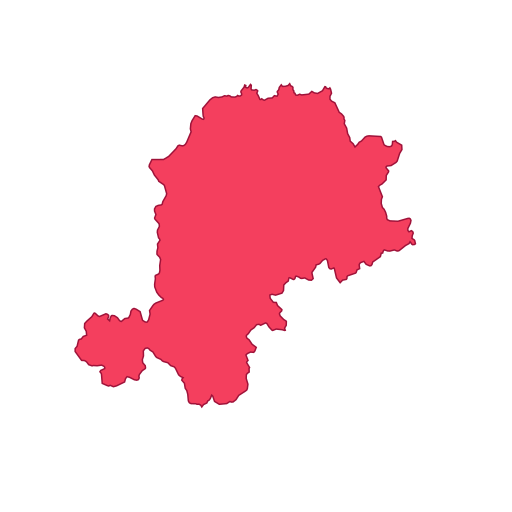 the district of Nguyen Binh, Cao Bằng, Vietnam, rotated 117°
{"feature_id": "81297802B34664406606726", "entity_name": "Nguyen Binh", "entity_type": "district", "adm_level": 2, "iso_a3": "VNM", "parent_name": "Vietnam", "parent_adm1": "Cao Bằng", "projection": "orthographic", "projection_center": [105.947, 22.647], "detail": "fine", "context": "isolated", "style": "filled", "palette": "rose", "viewbox_px": 512, "rotation_deg": 117, "n_neighbors": 0, "source": "geoboundaries", "source_scale": "gbopen_adm2", "svg_char_len": 6110}
<svg xmlns="http://www.w3.org/2000/svg" viewBox="0 0 512 512"><g transform="rotate(117 256 256)"><path d="M217.3,392.5L223.1,392.4L224.8,391.9L225.6,390.9L227.2,386.9L230.0,383.3L232.5,377.8L233.6,376.5L234.3,370.8L234.8,369.6L241.0,363.9L243.0,363.4L249.8,363.7L252.6,363.1L253.5,363.6L255.3,366.1L257.3,367.7L260.1,367.8L262.0,366.8L264.5,364.0L268.2,363.6L269.0,362.8L271.2,357.1L272.2,356.3L273.6,355.5L277.7,355.5L279.7,354.7L284.0,351.1L284.7,349.5L285.6,348.7L290.1,349.2L293.2,347.2L296.6,346.4L299.1,345.2L299.6,344.8L300.8,341.3L302.4,339.4L308.3,337.4L312.4,335.1L314.8,334.4L316.2,334.6L319.0,336.8L320.0,336.6L322.0,335.3L327.2,333.5L329.5,332.2L333.3,328.0L334.9,324.9L336.0,321.4L336.0,319.8L336.6,318.8L337.7,318.9L343.4,323.9L345.4,325.0L347.2,325.4L352.9,326.1L355.8,324.0L361.6,322.7L364.1,322.9L364.8,323.7L365.1,325.2L364.8,327.9L358.2,334.0L357.8,338.6L358.1,340.9L359.5,342.0L361.9,342.4L365.2,341.4L368.5,341.4L369.3,341.7L371.3,344.5L375.5,346.3L375.7,347.2L375.3,348.7L373.9,351.4L373.5,355.0L374.3,357.2L374.8,357.7L377.2,357.8L380.2,357.0L379.5,359.6L376.5,359.9L375.7,360.5L375.4,362.0L375.6,363.5L381.0,368.0L381.1,369.6L380.1,373.0L380.1,374.0L380.6,374.4L384.6,374.7L390.7,377.1L393.9,378.0L397.9,376.3L400.1,373.1L403.5,370.9L406.1,373.4L409.2,374.0L410.5,375.5L411.5,375.9L417.7,374.4L420.6,375.1L423.2,373.8L428.2,364.0L427.1,361.6L427.0,360.1L427.4,358.5L428.8,355.7L428.3,352.2L427.4,351.2L425.9,347.7L423.3,344.0L423.3,341.3L423.8,340.3L425.0,339.7L428.5,342.4L430.0,342.5L430.9,340.5L431.8,339.8L439.3,335.2L439.0,329.7L438.7,328.2L437.4,327.2L437.2,323.7L435.0,321.3L427.9,315.9L424.5,316.6L422.0,316.1L421.5,313.5L421.5,308.3L420.8,305.9L419.6,304.7L418.3,304.6L417.0,305.1L416.2,305.9L414.3,306.1L409.8,305.3L406.7,303.6L405.9,303.6L404.0,304.9L402.5,308.5L400.0,310.2L396.1,310.9L391.7,313.3L388.6,312.8L387.2,311.0L387.2,309.4L388.0,307.7L388.3,304.3L391.1,299.7L391.5,298.2L391.3,293.8L392.0,291.8L392.0,290.3L391.1,286.1L392.4,282.3L391.9,278.5L392.6,276.8L397.0,271.0L397.6,268.6L397.5,265.7L398.8,266.1L400.3,265.8L401.9,262.0L406.0,259.0L407.3,256.6L410.2,254.0L415.8,250.5L416.9,249.0L417.1,248.0L417.0,246.8L415.0,242.6L414.9,241.3L413.9,239.4L414.0,237.5L415.1,235.8L412.2,235.3L409.3,233.1L407.0,233.2L405.9,232.4L403.8,232.0L400.1,232.3L400.5,230.9L404.4,226.9L404.8,221.4L400.8,215.1L397.5,213.2L397.4,211.8L396.5,210.2L393.1,208.6L388.0,208.1L381.1,204.1L379.6,203.4L378.1,203.5L373.9,205.0L369.6,209.1L366.2,210.7L364.6,210.5L362.5,209.4L359.4,211.1L358.3,211.1L355.2,216.0L354.3,216.2L352.7,215.7L348.9,219.9L348.3,220.0L346.6,219.2L344.1,217.3L342.9,214.3L341.2,213.9L337.3,214.3L336.4,219.5L333.8,224.1L333.3,226.9L332.1,228.1L331.1,228.5L328.7,227.6L324.3,227.0L320.7,225.1L316.9,224.3L315.5,222.3L315.6,220.4L311.3,217.1L311.2,215.7L313.3,212.2L314.8,208.2L314.8,207.4L311.9,204.8L309.8,199.2L309.3,196.6L308.9,196.2L307.3,197.8L304.0,197.6L300.6,199.2L300.3,199.6L300.0,202.5L298.4,207.3L296.9,208.9L295.7,209.0L293.2,208.2L292.0,208.6L290.4,214.3L288.2,216.8L289.4,219.5L287.3,224.1L285.0,225.7L284.4,225.9L282.8,224.3L282.0,220.8L277.3,216.0L274.3,215.8L269.2,218.1L266.2,217.2L263.7,215.9L260.6,216.7L260.0,216.0L260.0,212.1L259.6,211.5L258.4,211.1L256.2,211.5L255.6,210.8L255.3,208.5L255.6,206.1L255.2,205.0L253.4,202.6L253.5,198.2L252.4,195.6L250.2,194.8L245.7,198.5L245.0,198.7L238.9,197.8L236.6,198.4L234.8,196.4L233.5,195.6L229.7,194.7L226.9,192.8L226.7,192.1L227.6,190.3L233.1,186.0L233.8,184.6L233.5,183.1L231.3,181.2L231.4,180.7L239.0,174.3L241.6,168.9L238.2,167.9L235.8,164.9L234.7,164.8L232.9,165.6L232.0,165.3L226.0,159.5L225.3,159.3L222.5,159.7L220.2,157.9L217.0,160.1L215.5,160.2L214.3,159.7L211.8,157.4L213.4,154.1L213.2,150.3L212.5,149.2L211.0,148.8L208.4,149.3L200.1,144.9L196.6,145.7L195.9,144.5L193.6,144.9L192.3,144.5L191.7,140.8L190.7,138.8L187.8,135.5L187.5,132.6L187.0,131.7L186.2,130.9L178.7,127.5L175.5,125.3L173.4,125.2L174.8,122.3L174.8,121.5L173.7,119.9L172.7,119.5L170.2,121.6L169.8,122.3L169.5,125.0L167.0,126.0L164.2,126.3L163.1,127.5L162.9,129.1L165.0,130.7L164.3,132.3L162.6,133.2L156.7,133.3L153.9,134.1L152.9,135.4L152.8,136.5L153.4,137.6L160.6,145.3L163.9,152.6L164.0,155.5L163.0,156.7L161.2,157.6L158.2,160.4L156.2,163.1L155.4,165.4L152.3,168.3L148.5,170.0L145.8,170.3L138.6,178.4L136.6,177.8L134.6,176.4L129.1,174.6L125.1,176.5L120.9,176.1L120.0,176.4L118.4,180.1L117.8,180.6L116.3,180.1L114.1,176.7L109.0,173.7L107.3,173.3L99.3,174.6L94.9,174.3L91.1,176.5L90.8,182.5L89.9,184.1L91.0,184.8L91.9,186.3L94.9,185.1L96.6,185.2L98.0,186.6L98.9,188.9L98.9,191.9L98.5,192.7L93.2,198.1L92.9,199.1L97.6,209.8L98.8,211.5L100.5,212.8L105.6,214.2L107.8,215.7L110.5,216.1L113.9,217.3L111.9,220.4L110.9,224.2L108.0,226.2L105.4,229.9L100.9,233.3L98.1,237.4L94.9,238.4L94.0,239.8L92.4,240.6L91.8,241.3L90.6,244.3L90.2,247.1L83.7,255.3L83.7,259.0L82.7,261.3L80.1,262.6L76.7,262.6L73.5,265.3L72.7,266.5L73.9,266.9L74.5,269.0L74.3,270.0L73.6,270.8L73.8,271.5L78.6,271.8L83.2,274.9L84.2,278.1L84.0,281.0L87.8,282.4L91.8,288.5L92.0,290.5L94.0,292.1L94.3,292.8L94.5,293.8L93.3,295.2L93.3,296.3L91.7,297.3L91.0,298.7L88.9,299.7L88.5,301.0L88.6,302.5L87.2,304.2L89.5,304.8L91.5,306.9L92.9,309.5L92.0,311.2L95.2,311.8L97.6,311.2L99.6,311.7L100.2,311.6L101.7,309.7L104.1,309.8L104.8,312.4L107.8,313.3L110.0,316.9L113.4,319.2L113.6,320.4L113.3,322.3L114.4,322.7L114.7,323.6L112.1,326.8L110.6,329.2L108.1,329.4L107.8,330.0L107.7,331.6L109.1,332.8L110.0,335.3L109.3,336.3L106.0,337.7L105.6,338.8L109.3,339.4L110.3,340.2L110.4,342.0L108.7,342.5L108.8,343.7L110.9,343.3L115.6,344.2L116.7,344.0L117.8,342.6L119.1,341.9L120.6,342.7L121.3,344.0L121.3,345.3L122.5,345.6L124.0,346.9L125.5,350.3L125.2,351.9L125.6,353.7L126.8,354.5L127.5,356.8L129.7,358.5L131.8,361.4L132.8,364.6L134.7,366.5L137.7,367.9L148.8,370.5L154.0,367.4L155.6,366.3L156.4,365.1L157.4,364.7L158.1,364.9L158.4,365.8L158.0,372.1L158.6,373.9L164.5,374.4L167.7,374.1L172.5,372.2L174.8,370.2L186.1,369.4L188.6,369.6L190.3,370.4L191.3,371.6L192.1,374.7L193.3,375.6L196.6,375.9L206.9,379.0L212.0,382.2L217.3,392.5Z" fill="#f43f5e" stroke="#9f1239" stroke-width="1.5"/></g></svg>